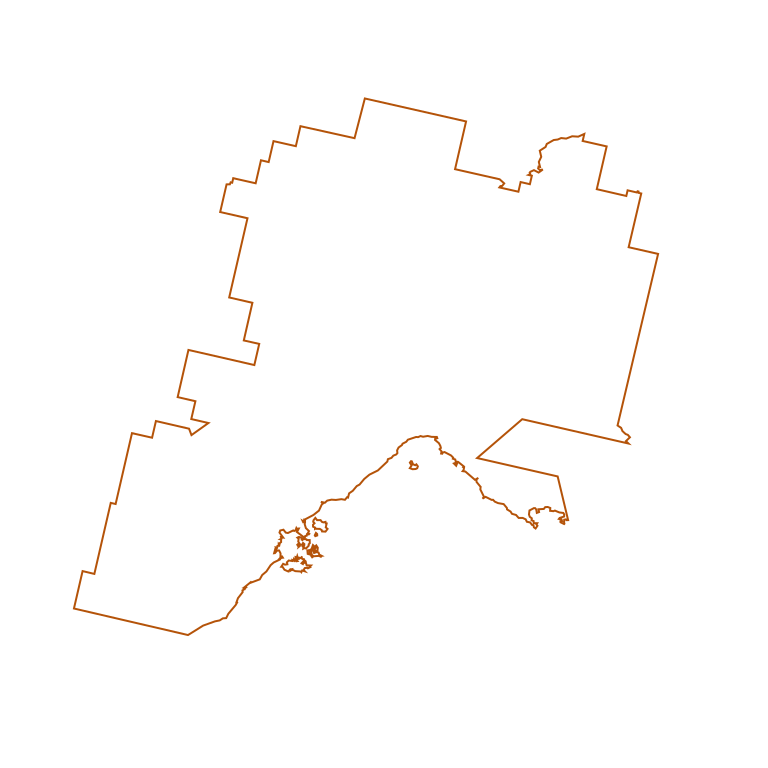 outline of Roper Gulf, Northern Territory, Australia, rotated 103°
{"feature_id": "25037944B80645640934935", "entity_name": "Roper Gulf", "entity_type": "district", "adm_level": 2, "iso_a3": "AUS", "parent_name": "Australia", "parent_adm1": "Northern Territory", "projection": "robinson", "projection_center": [136.103, -15.306], "detail": "fine", "context": "isolated", "style": "outline", "palette": "amber", "viewbox_px": 768, "rotation_deg": 103, "n_neighbors": 0, "source": "geoboundaries", "source_scale": "gbopen_adm2", "svg_char_len": 6174}
<svg xmlns="http://www.w3.org/2000/svg" viewBox="0 0 768 768"><g transform="rotate(103 384 384)"><path d="M672.7,518.5L660.1,505.9L653.3,495.3L651.3,490.9L648.6,488.3L647.6,485.1L642.9,484.0L632.7,478.8L629.0,477.7L631.1,478.8L625.5,478.1L618.6,474.9L617.0,475.5L615.1,473.6L612.1,472.4L613.9,473.4L614.3,474.2L614.6,474.1L614.4,474.7L613.6,473.5L613.5,474.3L606.2,468.6L607.5,469.0L602.3,461.1L597.5,459.7L593.1,456.4L586.0,453.7L582.7,451.3L578.4,445.9L577.9,445.5L578.6,446.6L578.0,446.1L578.0,446.7L576.9,446.1L576.0,443.5L574.9,444.6L575.3,446.1L572.3,446.7L569.8,448.8L570.3,450.7L573.3,452.2L573.6,453.0L569.0,452.8L569.3,451.9L567.9,451.5L567.7,452.2L567.5,452.4L567.4,451.3L565.8,451.4L565.3,450.3L563.7,450.6L564.4,449.7L562.4,449.7L561.2,448.7L558.6,449.3L558.6,450.1L557.7,449.1L555.3,450.6L556.5,449.5L556.3,447.7L552.3,452.4L550.1,452.2L548.6,449.2L550.9,446.3L550.8,444.1L547.1,439.5L547.4,438.5L546.7,437.3L544.2,437.0L545.5,435.9L544.3,435.6L544.0,434.5L547.8,435.5L551.8,426.6L549.9,426.6L549.2,425.2L547.8,425.3L547.5,423.5L546.8,423.1L546.2,424.6L544.2,424.0L542.0,427.7L538.5,429.7L536.1,430.0L536.9,431.6L535.7,432.5L536.0,431.6L534.3,431.3L535.0,430.2L533.7,430.5L527.5,423.3L522.0,418.9L515.3,417.5L513.9,416.3L513.0,418.9L513.0,414.9L510.4,413.1L508.5,409.1L507.8,404.8L505.8,399.6L505.6,396.0L502.5,394.4L502.7,393.5L498.4,393.4L495.1,390.4L489.6,387.6L487.5,385.2L481.0,381.9L475.6,377.8L469.6,370.5L458.8,363.3L456.4,363.3L454.3,360.1L451.7,358.8L449.9,356.2L448.3,355.4L445.7,356.3L442.6,355.5L439.5,352.8L438.0,352.5L435.3,349.3L432.9,348.2L428.4,340.8L428.1,338.8L426.5,336.7L426.6,334.1L424.8,329.7L424.8,325.7L423.7,320.6L424.8,319.9L425.9,321.8L427.0,321.7L429.3,317.2L431.6,315.2L433.5,314.2L434.9,315.2L436.8,312.7L438.9,312.7L438.8,311.6L437.6,311.4L436.7,309.7L438.5,302.7L440.2,300.0L441.3,300.1L441.5,297.6L443.5,296.6L443.2,294.3L446.4,287.6L447.2,288.1L447.5,287.2L449.9,287.1L451.2,287.7L451.0,285.0L456.9,273.8L454.3,271.0L456.2,272.5L458.6,271.8L463.0,266.1L462.8,266.7L465.1,266.4L471.4,261.2L473.5,262.2L471.1,259.6L472.7,253.1L472.3,251.7L473.7,249.6L474.4,246.1L474.1,240.4L477.1,236.4L478.5,235.9L479.8,232.0L481.7,230.1L481.9,225.9L484.2,222.7L483.3,218.7L484.0,215.5L486.1,213.8L486.0,210.5L488.0,208.1L488.0,206.6L489.9,205.7L490.7,203.8L487.6,202.6L486.5,203.9L485.2,203.4L485.9,206.8L483.9,207.4L483.6,209.5L481.6,209.8L480.6,212.1L478.5,213.4L474.5,213.8L471.2,210.0L471.0,208.7L472.1,207.4L475.2,206.1L473.9,204.1L471.3,205.3L469.8,200.2L467.7,199.2L467.0,196.8L467.4,194.1L470.2,193.6L469.8,190.3L468.9,189.0L469.7,184.3L469.3,180.3L470.5,179.1L472.6,178.7L475.0,182.7L476.1,183.2L476.0,180.6L477.5,179.7L478.1,181.2L479.0,180.9L480.1,176.2L479.4,177.1L475.7,177.9L475.0,176.4L475.6,175.5L475.2,174.0L435.0,194.0L435.2,276.6L387.2,241.4L387.0,132.4L385.2,135.4L380.6,132.4L378.7,135.0L378.4,137.3L376.3,141.0L373.4,143.1L371.9,147.1L195.6,146.2L195.7,176.4L140.5,176.2L140.5,178.9L139.2,179.3L139.2,180.3L140.5,180.8L140.5,190.2L146.3,190.2L146.3,220.5L102.4,220.5L102.5,245.1L95.3,245.1L99.3,250.4L100.3,256.4L103.9,261.7L104.5,266.7L106.7,269.7L108.1,273.5L113.5,279.4L116.7,279.9L121.6,284.7L127.3,281.9L132.8,283.1L137.4,280.8L137.4,282.3L139.3,282.3L140.5,280.3L139.3,277.5L143.2,280.9L141.9,286.0L144.3,289.1L145.3,289.6L146.6,288.7L147.8,290.2L147.8,286.8L156.5,286.8L156.5,296.3L166.4,296.3L166.5,315.8L165.0,315.1L164.4,313.4L161.5,312.0L158.5,317.4L158.7,363.1L109.7,363.1L110.1,466.9L151.1,468.0L151.6,523.4L172.1,523.4L172.2,546.3L193.7,546.3L193.7,554.2L217.3,554.2L217.4,577.2L222.0,577.2L222.0,578.8L224.1,579.1L224.9,582.3L253.3,582.3L253.2,554.3L334.5,554.3L334.5,530.5L373.1,530.4L373.0,514.6L394.7,514.6L394.8,582.2L443.2,582.1L443.2,563.9L461.5,563.9L461.5,546.3L477.1,560.1L471.4,563.9L471.4,597.9L488.5,597.9L488.6,618.5L561.3,618.5L561.3,623.5L634.2,623.5L634.1,635.6L672.5,635.6L672.7,518.5ZM572.5,431.3L573.9,431.0L573.1,428.9L573.7,428.1L574.6,430.3L576.0,428.4L576.5,429.6L575.7,431.1L576.3,431.4L575.2,432.4L576.4,432.4L576.1,433.8L577.1,433.6L577.4,437.1L579.6,438.5L581.4,437.6L582.3,439.8L581.9,441.8L585.2,443.0L585.0,441.7L587.4,439.2L588.2,435.1L585.6,433.6L585.8,432.4L585.3,432.5L585.1,432.0L586.0,432.2L585.5,431.7L586.3,428.4L585.4,422.8L585.9,422.2L584.1,421.8L584.3,419.0L583.3,420.5L581.2,419.8L580.3,417.3L580.7,416.7L579.0,414.6L578.5,415.2L577.3,414.4L578.1,418.6L575.9,419.8L576.3,422.2L577.7,422.5L577.2,424.0L575.2,422.8L575.4,421.0L574.4,420.5L573.3,422.4L572.0,422.7L573.1,423.0L572.4,425.3L570.4,425.0L572.3,425.8L572.4,429.2L571.3,429.8L572.6,429.9L572.5,431.3ZM541.6,411.2L541.0,407.8L537.9,406.4L536.8,408.5L532.8,408.5L532.9,409.4L531.5,410.0L532.5,412.0L532.3,413.5L530.9,415.2L531.7,418.6L529.9,420.8L532.6,422.0L534.2,422.0L535.3,420.4L537.1,421.5L539.0,421.0L539.4,418.9L540.4,418.7L539.9,418.3L540.4,417.7L539.6,414.0L540.4,411.8L541.6,411.2ZM555.8,420.5L552.8,421.3L553.4,424.0L552.8,424.6L553.0,426.7L552.3,427.0L554.4,428.4L554.2,429.0L553.2,428.4L552.2,430.9L552.2,432.6L553.2,433.8L553.9,432.4L556.8,432.1L559.4,429.6L558.9,427.4L557.1,427.1L557.9,425.6L559.4,425.4L559.3,426.8L560.3,427.0L561.3,425.7L562.6,425.6L561.7,424.5L561.8,423.0L558.5,421.0L557.1,421.3L555.8,420.5ZM565.9,417.2L567.1,416.8L567.3,415.4L568.2,415.9L569.0,415.0L567.7,413.9L566.1,408.7L566.7,405.8L566.0,407.1L565.5,406.0L564.8,408.7L563.0,409.8L563.0,412.0L564.4,414.1L562.2,415.8L562.0,416.6L563.1,417.2L561.9,418.0L564.0,418.8L562.6,419.2L563.4,421.2L566.7,420.1L566.8,417.6L566.2,418.0L564.9,416.9L565.7,416.4L565.9,417.2ZM453.1,340.3L454.8,341.1L457.2,338.8L460.2,339.9L460.6,337.0L459.7,334.0L458.6,332.7L456.6,332.5L455.0,334.4L456.1,335.3L455.7,337.7L453.1,339.5L453.1,340.3ZM562.6,412.5L561.7,412.9L562.3,411.2L558.4,411.7L556.5,413.7L557.3,414.2L558.6,413.1L559.4,414.2L562.4,414.4L562.6,412.5ZM556.9,417.0L559.7,417.3L560.9,416.4L558.0,415.1L556.9,417.0ZM444.7,296.5L445.7,298.0L447.4,295.3L444.8,294.9L444.7,296.5ZM544.4,416.8L547.0,417.4L547.7,416.7L546.6,415.0L545.2,415.4L544.4,416.8ZM560.5,432.0L561.0,431.6L560.7,430.3L561.8,430.4L560.8,429.6L559.0,430.1L559.1,431.6L559.7,432.0L560.2,431.1L560.5,432.0Z" fill="none" stroke="#b45309" stroke-width="2"/></g></svg>